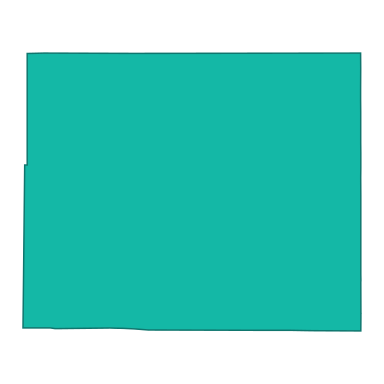 outline of Baca, Colorado, United States of America
{"feature_id": "52423323B14661971146918", "entity_name": "Baca", "entity_type": "district", "adm_level": 2, "iso_a3": "USA", "parent_name": "United States of America", "parent_adm1": "Colorado", "projection": "equal_earth", "projection_center": [-102.362, 37.319], "detail": "fine", "context": "isolated", "style": "filled", "palette": "teal", "viewbox_px": 384, "rotation_deg": 0, "n_neighbors": 0, "source": "geoboundaries", "source_scale": "gbopen_adm2", "svg_char_len": 690}
<svg xmlns="http://www.w3.org/2000/svg" viewBox="0 0 384 384"><path d="M133.0,53.4L43.9,53.1L27.2,53.5L27.2,165.0L24.7,165.0L23.0,327.9L50.2,327.9L55.1,328.6L55.5,328.6L57.5,328.6L102.0,328.1L110.1,328.0L115.7,328.2L122.6,328.3L128.6,328.6L134.4,328.9L148.6,330.0L259.5,330.3L290.1,330.3L307.1,330.6L314.9,330.7L356.9,330.9L360.8,330.9L360.9,317.4L360.9,314.8L360.9,314.2L361.0,313.2L360.9,312.9L360.8,282.4L360.9,280.1L360.8,274.5L360.8,267.4L360.8,217.7L360.8,200.8L360.8,195.8L360.7,177.4L360.8,167.8L360.8,161.8L360.8,153.0L360.7,142.4L360.7,127.6L360.7,112.0L360.6,99.5L360.6,97.0L360.6,89.9L360.7,68.6L360.6,53.1L133.0,53.4Z" fill="#14b8a6" stroke="#0f766e" stroke-width="1.5"/></svg>